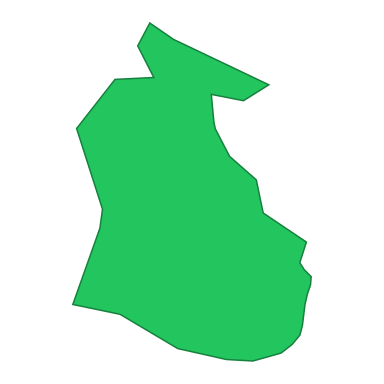 the border of Križevci
{"feature_id": "SVN-266", "entity_name": "Križevci", "entity_type": "Municipality", "adm_level": 1, "iso_a3": "SVN", "parent_name": "Slovenia", "parent_adm1": "", "projection": "orthographic", "projection_center": [16.14, 46.575], "detail": "fine", "context": "isolated", "style": "filled", "palette": "green", "viewbox_px": 384, "rotation_deg": 0, "n_neighbors": 0, "source": "natural_earth", "source_scale": "10m", "svg_char_len": 517}
<svg xmlns="http://www.w3.org/2000/svg" viewBox="0 0 384 384"><path d="M149.8,23.0L173.5,39.4L268.8,84.8L243.5,100.7L211.3,94.4L213.9,122.1L215.3,128.8L229.6,156.4L256.3,179.9L263.2,213.0L306.4,242.1L299.8,262.7L304.2,269.6L311.2,276.7L310.5,285.0L307.5,293.7L305.0,304.4L302.4,325.6L299.9,335.1L292.2,344.4L281.2,353.0L253.0,361.0L226.3,359.5L177.8,348.6L120.0,314.3L72.8,304.5L99.9,228.2L102.5,209.2L76.6,128.5L115.0,79.4L153.8,77.5L137.7,45.9L149.8,23.0Z" fill="#22c55e" stroke="#15803d" stroke-width="1.5"/></svg>